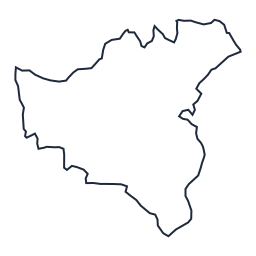 Stroumpi, Paphos, Cyprus
{"feature_id": "46923920B38584843401595", "entity_name": "Stroumpi", "entity_type": "district", "adm_level": 2, "iso_a3": "CYP", "parent_name": "Cyprus", "parent_adm1": "Paphos", "projection": "robinson", "projection_center": [32.477, 34.887], "detail": "fine", "context": "isolated", "style": "outline", "palette": "slate", "viewbox_px": 256, "rotation_deg": 0, "n_neighbors": 0, "source": "geoboundaries", "source_scale": "gbopen_adm2", "svg_char_len": 1781}
<svg xmlns="http://www.w3.org/2000/svg" viewBox="0 0 256 256"><path d="M125.4,30.9L122.8,34.3L119.8,38.7L111.7,39.9L105.2,43.8L103.2,49.9L101.8,58.4L99.4,59.3L95.7,63.5L91.5,68.1L86.6,68.7L77.7,69.3L73.2,72.6L68.3,77.8L66.1,80.6L59.1,81.6L50.5,80.4L43.3,78.4L35.3,74.8L29.4,70.4L22.1,70.6L15.9,67.4L15.4,74.4L15.4,80.1L18.1,86.2L19.3,96.3L19.8,100.0L21.8,103.5L23.9,107.7L22.8,114.6L23.2,120.6L23.7,128.9L25.9,131.5L25.1,136.2L26.6,137.7L31.4,135.4L34.9,133.6L37.6,138.7L37.2,143.6L38.5,148.8L44.1,147.7L46.8,146.8L54.6,147.3L59.1,147.1L63.5,148.8L64.2,154.6L64.1,167.7L66.9,169.9L71.9,165.9L77.0,167.1L83.6,169.6L87.7,173.8L85.7,178.4L86.2,183.1L93.4,183.0L100.2,183.9L113.0,184.0L121.1,184.3L127.0,186.3L125.6,191.8L130.6,195.8L136.3,200.0L140.9,205.8L149.8,213.2L155.2,214.6L157.5,219.5L157.8,225.5L160.8,229.8L163.2,233.2L168.4,236.2L175.9,229.5L188.1,222.5L189.5,220.8L191.2,218.8L191.4,210.6L188.1,200.9L185.5,196.0L185.5,189.0L188.8,184.1L198.2,175.5L200.8,167.6L202.0,163.0L203.5,158.8L204.7,154.8L203.7,149.7L202.8,146.3L201.0,142.9L197.4,138.7L196.1,133.2L196.9,127.0L191.7,124.2L187.6,119.7L182.8,118.8L179.1,116.3L182.6,111.1L188.3,109.8L192.5,114.8L194.9,109.8L193.3,104.5L197.5,100.9L201.3,93.7L196.3,88.7L199.4,83.1L204.0,78.9L207.9,74.8L211.4,69.7L215.5,68.3L228.3,56.7L240.6,51.7L240.1,49.6L236.1,44.8L233.8,41.1L230.3,35.0L229.3,33.1L226.8,32.9L224.2,24.8L219.5,21.1L214.5,19.8L211.0,23.0L203.6,24.4L195.5,22.2L190.8,20.6L183.8,20.8L178.7,19.9L176.4,21.0L177.2,22.3L176.9,28.0L177.4,33.1L175.8,39.0L174.1,42.4L170.3,40.7L164.9,38.0L162.9,34.2L158.1,29.8L154.6,26.1L153.4,30.2L153.8,36.3L151.8,41.0L147.2,43.4L144.5,47.4L141.5,46.0L140.2,41.3L136.8,36.3L134.4,32.4L132.7,32.4L128.8,32.3L127.7,29.8L125.4,30.9Z" fill="none" stroke="#1e293b" stroke-width="2"/></svg>